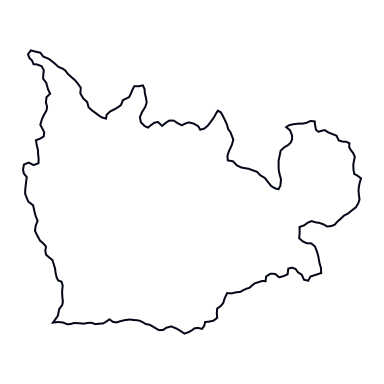 outline of Luminárias, Minas Gerais, Brazil
{"feature_id": "56859067B9784964595296", "entity_name": "Luminárias", "entity_type": "district", "adm_level": 2, "iso_a3": "BRA", "parent_name": "Brazil", "parent_adm1": "Minas Gerais", "projection": "robinson", "projection_center": [-44.912, -21.523], "detail": "fine", "context": "isolated", "style": "outline", "palette": "ink", "viewbox_px": 384, "rotation_deg": 0, "n_neighbors": 0, "source": "geoboundaries", "source_scale": "gbopen_adm2", "svg_char_len": 3767}
<svg xmlns="http://www.w3.org/2000/svg" viewBox="0 0 384 384"><path d="M24.0,164.5L23.0,169.6L23.9,173.6L26.8,177.1L26.1,182.0L25.3,189.0L25.1,193.7L26.6,197.5L28.3,201.6L33.1,205.3L34.3,210.8L35.6,215.9L37.6,220.8L35.7,225.7L35.0,230.8L37.0,235.1L40.0,240.6L43.2,243.3L46.0,246.6L45.3,250.7L46.0,254.6L48.6,257.0L52.4,260.1L54.0,265.1L55.0,268.4L55.6,272.9L56.6,277.3L58.2,280.5L61.5,281.6L62.7,285.5L62.1,291.2L62.3,296.7L62.9,301.6L62.2,305.0L59.2,309.1L57.9,315.7L53.0,322.6L58.1,322.0L63.0,322.5L67.4,324.3L70.7,324.0L73.9,323.0L79.1,323.2L83.7,323.7L87.9,322.9L91.5,322.8L95.3,324.1L99.4,323.7L103.3,323.4L106.4,321.5L109.5,319.3L112.9,321.9L116.5,322.4L120.0,321.3L124.8,320.1L129.9,319.5L133.5,320.0L136.5,320.2L139.6,320.7L142.9,322.3L145.8,324.1L149.6,324.7L154.1,327.3L158.8,330.1L163.1,330.0L166.2,327.8L171.2,326.4L176.6,328.6L180.4,330.9L184.5,333.6L188.7,332.1L192.0,330.2L194.5,328.3L198.1,327.9L202.0,328.9L204.3,325.6L205.1,322.0L208.5,321.7L213.2,320.8L217.2,317.9L216.8,313.2L217.2,308.5L220.9,305.9L223.3,302.9L224.5,298.7L227.1,293.1L231.5,293.4L236.1,292.3L240.3,291.9L243.2,290.2L246.0,288.9L249.5,287.8L251.9,285.6L254.8,283.3L258.7,282.1L262.1,281.0L265.6,281.2L266.1,276.5L270.5,273.7L275.1,273.9L279.1,277.3L283.9,276.0L287.6,274.3L288.3,268.6L292.0,267.7L295.5,268.9L297.9,272.2L301.7,274.7L304.0,279.7L308.2,280.7L310.5,276.5L313.7,275.5L317.6,274.2L321.2,273.1L320.9,267.8L319.4,262.6L318.3,256.3L316.8,251.1L314.9,246.4L311.3,243.4L306.7,243.2L302.8,241.4L299.1,238.1L299.6,234.0L299.6,230.4L299.5,227.0L304.2,225.3L307.7,222.7L311.6,221.1L315.4,222.3L319.4,222.9L323.6,224.4L327.1,226.5L331.4,226.0L334.7,224.7L337.3,221.7L341.2,218.3L344.1,215.5L348.1,213.5L351.8,210.4L355.9,207.3L358.2,203.4L359.5,199.6L358.9,194.8L358.5,190.8L358.9,186.6L359.7,182.8L361.0,178.4L357.4,175.6L354.3,174.0L353.5,170.0L353.3,164.7L354.0,160.6L354.8,156.9L353.3,153.2L350.9,150.2L349.2,147.3L349.4,143.2L345.9,141.7L342.9,141.7L338.7,140.4L336.5,135.7L331.8,133.8L328.0,132.3L325.0,130.2L322.0,130.6L318.6,131.8L316.0,129.9L315.1,125.3L314.7,121.4L310.5,121.0L306.3,122.9L302.7,123.6L298.8,123.6L293.6,124.2L289.1,125.2L286.2,127.1L290.1,130.4L292.1,135.7L292.1,139.3L290.7,142.6L288.1,145.1L284.4,147.2L280.7,150.6L279.7,155.5L278.6,160.6L278.6,165.8L278.7,169.6L279.5,173.9L281.0,179.4L280.4,185.6L278.5,189.2L275.2,188.4L271.4,186.2L268.3,182.5L264.8,177.9L260.5,175.4L257.0,171.8L252.1,170.1L248.8,168.8L245.8,168.3L241.3,167.5L236.9,165.4L233.0,161.3L227.8,160.4L227.4,156.1L228.7,151.7L230.4,148.1L232.0,144.5L233.3,139.6L231.6,135.2L230.2,131.7L228.1,129.1L227.1,125.0L225.1,120.5L223.0,116.2L220.9,112.4L217.8,110.7L215.7,114.1L214.2,117.0L210.8,121.8L207.7,125.7L204.3,128.6L200.2,129.7L198.1,126.1L193.7,123.6L188.8,122.4L185.1,123.6L181.9,125.3L178.2,123.5L173.7,120.6L169.2,120.6L165.8,122.8L162.1,125.9L158.0,122.0L154.1,122.8L151.2,125.0L147.9,127.6L144.7,126.1L140.9,122.3L139.9,117.1L142.2,111.8L145.2,107.1L146.7,102.4L146.0,97.9L144.9,93.6L144.5,89.0L142.9,85.4L139.0,86.2L134.3,86.2L132.3,90.0L131.0,93.3L129.1,97.1L126.1,98.6L122.9,100.1L121.0,105.0L117.8,107.4L114.5,109.3L110.2,111.4L106.6,114.8L106.0,118.6L101.5,117.3L97.9,114.8L95.2,112.7L91.8,110.3L88.5,107.1L87.2,102.0L83.3,98.5L80.3,93.3L80.8,87.8L77.9,83.7L74.9,80.1L71.7,77.4L67.8,73.8L65.3,70.5L62.7,68.7L58.3,66.8L54.1,62.9L48.9,58.9L43.3,56.6L40.3,52.7L35.4,51.6L30.9,50.4L28.0,54.3L29.4,58.0L32.1,60.6L33.5,64.2L36.7,64.4L41.5,66.1L43.8,70.2L43.3,74.6L43.1,78.7L46.3,82.9L48.0,89.2L50.1,93.7L46.5,97.2L45.9,102.4L47.1,106.9L46.4,110.7L44.2,114.4L41.9,119.3L40.3,124.8L42.4,128.7L44.2,132.3L43.7,136.5L40.0,138.7L35.9,140.2L36.9,145.9L38.0,150.2L38.1,154.3L38.6,158.5L38.5,163.2L33.6,165.1L28.7,162.6L24.0,164.5Z" fill="none" stroke="#020617" stroke-width="2"/></svg>